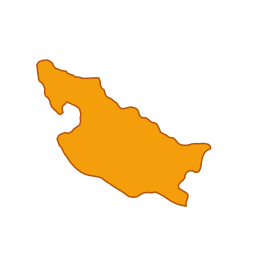 outline of Alpercata, Minas Gerais, Brazil, rotated 249°
{"feature_id": "56859067B994908166412", "entity_name": "Alpercata", "entity_type": "district", "adm_level": 2, "iso_a3": "BRA", "parent_name": "Brazil", "parent_adm1": "Minas Gerais", "projection": "natural_earth1", "projection_center": [-42.012, -18.997], "detail": "fine", "context": "isolated", "style": "filled", "palette": "amber", "viewbox_px": 256, "rotation_deg": 249, "n_neighbors": 0, "source": "geoboundaries", "source_scale": "gbopen_adm2", "svg_char_len": 2132}
<svg xmlns="http://www.w3.org/2000/svg" viewBox="0 0 256 256"><g transform="rotate(249 128 128)"><path d="M221.7,68.3L219.5,65.4L216.1,64.7L212.3,63.6L208.6,62.9L205.6,62.0L202.9,62.4L200.5,64.1L197.9,64.3L194.8,64.5L190.9,62.8L187.5,62.5L184.6,64.2L181.6,64.8L178.3,64.2L174.5,64.5L171.5,65.8L169.0,67.2L166.8,67.9L164.8,69.7L165.7,72.8L168.9,73.2L171.9,74.7L172.9,77.6L174.2,80.2L170.5,84.0L166.9,87.5L164.2,89.3L161.5,89.5L157.7,88.9L154.4,87.0L151.1,86.1L148.3,84.1L147.4,80.9L146.6,77.3L145.0,74.6L144.3,71.0L146.3,67.0L146.4,64.3L145.9,60.8L143.2,57.9L139.7,57.8L136.5,57.7L133.7,58.8L130.3,59.2L127.1,59.4L123.4,60.4L120.2,61.1L116.7,62.0L113.0,63.3L109.5,64.8L106.4,66.5L103.8,68.3L100.7,70.9L98.7,73.4L97.1,75.8L95.3,78.9L93.5,81.9L91.1,85.2L88.0,87.1L85.0,89.0L82.6,91.0L79.8,92.8L77.4,94.5L74.8,96.5L71.6,99.1L67.6,101.8L64.0,104.0L61.6,107.8L60.6,111.6L61.3,115.3L61.8,119.2L60.8,123.2L59.1,126.8L58.4,130.7L56.1,133.0L53.9,134.9L51.4,137.1L48.9,138.7L46.8,140.2L43.7,142.4L41.2,144.8L39.2,146.9L37.6,148.9L35.8,151.7L34.3,154.3L37.1,155.1L39.1,156.7L42.1,159.2L44.7,160.1L47.4,158.6L50.5,156.1L53.9,153.6L56.7,154.7L58.4,157.3L59.5,160.8L61.6,163.5L64.1,164.7L65.6,167.1L66.1,170.5L64.5,173.3L62.5,174.9L61.8,178.1L63.6,180.4L65.6,182.0L68.0,183.4L70.4,184.7L72.7,186.2L74.9,187.9L77.4,190.4L79.0,194.2L79.0,197.6L81.3,198.3L83.9,197.2L86.2,193.8L87.2,191.0L88.0,188.3L89.4,184.9L90.3,181.3L90.5,177.5L91.9,173.8L93.3,171.4L95.8,169.3L99.0,168.3L102.1,167.1L104.7,162.9L108.0,160.9L110.3,158.6L112.4,157.0L117.7,156.7L121.2,156.4L123.3,154.7L125.0,151.9L128.4,150.3L131.2,148.2L132.6,144.8L134.9,143.4L138.2,143.4L141.3,143.6L143.8,142.1L146.3,138.7L147.1,135.6L147.4,132.3L148.4,128.7L151.4,127.2L155.2,126.5L158.4,124.3L161.2,122.8L163.2,120.8L165.1,119.2L167.6,118.9L171.9,119.3L174.9,117.7L178.0,117.6L181.2,118.6L185.2,118.6L186.6,115.2L188.0,110.9L189.5,106.4L190.5,103.6L192.8,100.9L194.5,97.2L197.3,95.3L198.8,93.0L200.8,91.3L203.1,90.5L204.5,88.2L205.8,86.0L207.8,84.0L209.5,81.7L212.7,80.7L215.3,80.7L217.5,79.5L220.3,77.3L221.7,72.5L221.7,68.3Z" fill="#f59e0b" stroke="#b45309" stroke-width="1.5"/></g></svg>